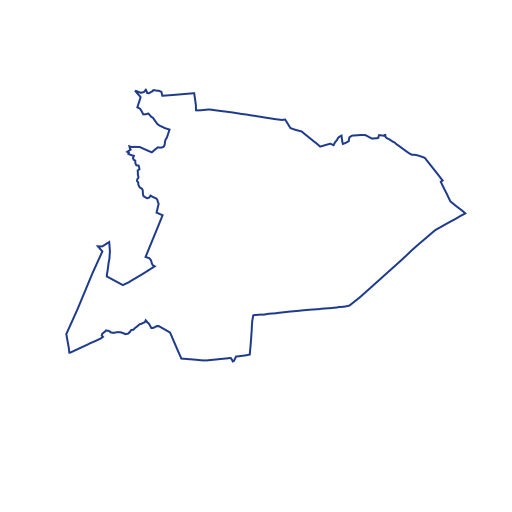 Naivasha, Rift Valley, Kenya (Mercator projection), rotated 293°
{"feature_id": "3690345B62093807224644", "entity_name": "Naivasha", "entity_type": "district", "adm_level": 2, "iso_a3": "KEN", "parent_name": "Kenya", "parent_adm1": "Rift Valley", "projection": "mercator", "projection_center": [36.4, -0.881], "detail": "fine", "context": "isolated", "style": "outline", "palette": "blue", "viewbox_px": 512, "rotation_deg": 293, "n_neighbors": 0, "source": "geoboundaries", "source_scale": "gbopen_adm2", "svg_char_len": 6104}
<svg xmlns="http://www.w3.org/2000/svg" viewBox="0 0 512 512"><g transform="rotate(293 256 256)"><path d="M94.1,121.9L94.2,122.5L99.3,127.1L102.2,129.7L104.4,131.7L108.7,135.6L110.9,137.4L112.0,138.5L113.7,140.1L114.9,141.3L119.4,145.3L121.8,146.7L122.5,145.1L124.3,144.9L125.7,145.5L127.1,146.4L128.9,147.1L129.3,148.9L129.5,149.6L129.5,150.5L129.3,151.2L128.9,151.7L129.1,153.0L129.2,153.7L129.5,154.5L129.7,155.2L131.2,157.2L132.4,159.7L132.6,160.4L132.7,161.0L133.0,161.4L133.0,162.1L133.0,163.6L133.2,164.1L133.1,164.8L133.0,165.6L133.0,166.3L133.6,166.9L133.8,167.5L134.2,168.1L134.7,168.7L135.2,169.0L135.9,169.0L136.6,169.5L137.0,169.8L137.6,169.7L138.1,169.8L138.8,169.9L139.6,170.7L139.9,171.5L140.5,172.1L142.3,172.7L144.7,174.1L147.8,175.6L148.9,177.1L150.2,178.2L151.8,179.6L153.7,179.6L153.1,180.8L153.0,181.3L152.5,181.6L152.0,183.7L150.3,185.9L148.8,187.8L149.6,189.4L151.0,190.7L153.0,192.3L152.9,193.2L153.5,193.8L152.0,206.7L151.0,207.8L150.3,208.5L149.5,209.5L148.9,210.0L144.8,214.3L137.8,221.6L132.4,227.4L133.9,231.7L134.8,234.6L135.1,235.3L137.4,242.4L138.0,244.4L139.1,247.8L139.3,248.3L140.1,250.2L140.3,250.7L141.0,252.2L141.4,252.8L142.2,254.3L143.7,257.0L144.5,258.5L145.0,259.5L145.7,260.6L146.3,261.8L146.8,262.6L149.0,266.7L149.8,268.1L150.4,269.3L150.6,269.8L151.6,271.0L151.8,272.0L152.2,272.8L151.0,274.5L149.9,275.9L150.9,276.7L153.8,276.8L155.6,276.9L156.8,279.0L158.1,281.2L160.1,284.7L161.4,286.7L162.9,288.8L165.7,287.8L168.6,286.9L170.8,286.2L173.3,285.4L180.3,283.0L182.0,282.4L186.2,281.0L189.0,279.9L194.1,278.1L197.0,277.4L200.4,276.7L201.4,278.4L202.3,280.2L203.3,282.0L204.0,283.4L204.5,284.9L205.7,287.1L207.5,289.7L209.4,293.4L210.8,296.3L212.3,298.6L214.4,302.4L217.2,307.3L218.3,309.3L222.0,316.3L224.6,320.9L225.5,322.6L226.9,325.2L228.5,328.3L229.5,330.4L230.6,332.4L231.6,334.7L232.9,336.6L234.2,339.1L237.5,345.7L238.7,347.7L239.0,348.4L239.5,349.2L240.1,350.4L240.8,351.5L241.2,352.0L241.7,352.4L241.9,353.3L242.7,355.0L243.3,355.9L244.0,357.3L245.1,358.9L246.9,361.4L259.1,368.0L270.1,373.2L276.6,376.2L282.4,379.0L287.0,381.1L304.2,389.2L311.1,392.4L312.8,393.1L314.0,393.7L322.0,397.1L326.2,399.1L331.6,401.7L344.1,408.0L348.8,410.3L349.4,410.7L350.2,411.2L350.7,411.5L354.9,414.8L356.9,416.3L362.6,420.7L365.2,422.8L367.8,424.9L370.3,426.8L371.9,427.9L374.1,429.6L374.7,430.2L377.0,432.0L378.0,429.1L380.2,420.6L382.1,414.0L382.4,413.4L382.8,412.9L384.3,411.2L387.8,407.3L390.6,403.9L393.7,400.3L396.5,397.1L397.8,397.8L398.4,398.3L399.5,396.2L400.8,394.0L403.8,388.6L405.4,385.6L409.2,378.7L410.8,375.7L412.2,373.3L412.3,371.3L411.8,365.8L411.7,364.8L411.5,364.0L411.2,362.6L411.0,362.2L410.5,360.9L410.3,360.3L410.1,359.6L410.4,356.7L411.2,353.0L413.3,344.0L413.8,341.6L414.4,339.8L414.7,339.2L414.7,338.6L414.7,337.3L414.8,336.8L415.4,333.4L415.5,332.4L415.5,331.9L415.7,330.1L416.1,328.9L416.5,328.5L417.1,328.2L417.9,327.7L417.6,327.1L416.8,327.2L415.4,322.1L414.0,322.1L413.3,322.3L412.5,322.4L411.9,321.7L411.6,321.1L411.3,320.6L410.4,318.8L410.0,318.1L409.7,317.5L409.4,316.4L409.6,314.1L409.9,311.2L410.0,309.2L409.6,308.4L409.3,307.7L409.0,306.8L408.6,305.7L408.4,305.3L408.1,304.8L407.7,303.9L406.8,302.4L406.6,301.8L405.6,299.9L405.0,298.6L404.6,297.9L404.2,297.3L403.5,296.8L401.7,295.6L400.9,295.7L400.4,295.8L397.9,296.5L394.9,294.1L393.1,292.2L394.9,290.8L395.6,290.4L398.4,288.7L400.2,287.7L398.5,286.3L398.1,286.0L397.4,285.7L396.5,285.3L395.8,285.3L395.3,285.4L394.6,285.3L393.4,284.9L392.2,284.5L391.5,284.3L388.3,284.1L388.4,280.5L381.8,272.3L383.6,266.7L383.9,265.2L386.7,255.4L387.5,252.4L388.5,249.4L388.2,247.7L387.5,242.7L387.2,237.7L388.7,235.6L391.7,231.4L393.0,229.5L392.1,228.0L391.7,227.4L391.4,226.8L390.2,222.7L389.2,219.1L387.8,213.4L387.1,210.8L385.6,204.5L385.1,202.5L384.8,201.4L384.5,200.0L383.4,196.0L382.6,192.3L382.4,191.6L381.6,188.9L381.4,188.2L380.9,186.5L380.5,184.6L379.6,181.2L379.5,180.4L379.3,179.8L378.8,177.8L378.4,176.4L378.2,175.7L378.0,175.0L377.2,172.0L377.0,171.3L376.5,169.7L374.5,162.6L373.3,158.0L373.1,157.2L372.8,156.4L372.5,155.7L372.3,155.0L372.1,154.6L371.2,153.1L369.8,150.4L368.8,148.7L366.8,144.4L366.7,143.8L371.6,141.6L381.7,135.5L378.4,129.2L374.5,121.8L373.1,119.2L366.9,107.2L370.1,104.8L370.2,104.3L370.1,103.6L370.1,103.0L370.2,102.5L370.1,101.8L369.5,100.5L369.2,99.0L369.0,98.2L369.0,97.6L368.6,96.9L368.2,96.5L367.3,96.5L366.8,96.0L366.2,95.4L365.7,95.1L365.2,94.7L364.6,94.3L363.9,93.8L363.7,93.1L363.7,92.5L363.6,91.9L364.4,91.4L364.9,90.8L365.5,90.4L366.0,89.6L365.4,89.4L364.7,89.3L363.9,89.1L363.3,88.8L362.2,87.7L361.9,87.1L361.5,86.6L361.2,86.2L361.1,85.7L361.3,85.1L361.1,84.4L360.9,83.8L361.1,83.0L361.2,82.3L361.1,81.6L360.9,81.0L361.0,80.0L359.7,82.4L357.9,86.3L357.5,87.1L357.1,87.7L353.2,88.1L346.5,88.7L346.3,91.5L345.0,93.6L343.4,95.6L342.3,96.8L342.9,98.2L343.2,98.8L343.6,99.4L345.1,101.3L343.2,105.2L343.0,107.0L339.0,113.5L338.6,115.0L338.3,116.7L338.3,118.4L338.1,122.5L338.3,124.2L338.6,127.0L330.4,127.7L327.4,127.3L325.0,127.7L323.6,128.3L322.1,128.4L320.6,128.4L318.8,126.6L318.0,124.5L317.6,123.1L314.4,121.4L310.7,119.6L310.7,115.0L310.9,106.5L309.1,101.8L307.7,99.0L307.5,96.6L305.8,97.9L304.9,99.0L303.3,97.9L301.6,96.8L301.5,98.5L300.1,98.6L300.1,100.4L300.2,102.5L300.5,104.4L298.0,104.5L296.8,105.8L296.6,107.6L295.3,108.2L293.9,109.0L292.7,110.5L293.4,112.5L292.1,113.7L290.3,114.8L288.5,113.7L286.3,114.8L284.5,115.6L283.1,116.7L282.4,117.1L281.8,117.1L280.7,116.8L280.0,116.8L278.5,117.2L277.7,118.8L275.6,119.9L274.3,121.3L273.5,122.8L273.4,124.7L272.3,126.0L270.7,126.8L268.7,127.8L267.2,129.0L266.8,131.1L266.6,133.3L268.1,134.9L270.4,135.3L270.1,137.4L270.0,140.1L269.9,142.0L269.0,143.4L267.4,144.5L266.0,146.0L257.1,147.5L257.0,154.1L244.5,154.3L212.0,154.7L212.1,156.3L212.3,158.6L210.9,161.2L208.8,162.7L207.2,164.5L206.9,166.8L194.9,158.5L184.2,150.6L182.2,149.3L177.2,144.8L178.9,126.6L181.9,125.7L185.3,124.9L192.1,123.0L196.7,122.0L200.2,120.7L203.1,119.8L211.5,115.4L204.8,110.8L203.1,106.7L200.2,112.8L176.4,112.2L137.4,112.5L110.0,111.9L97.9,119.8L94.1,121.9Z" fill="none" stroke="#1e3a8a" stroke-width="2"/></g></svg>